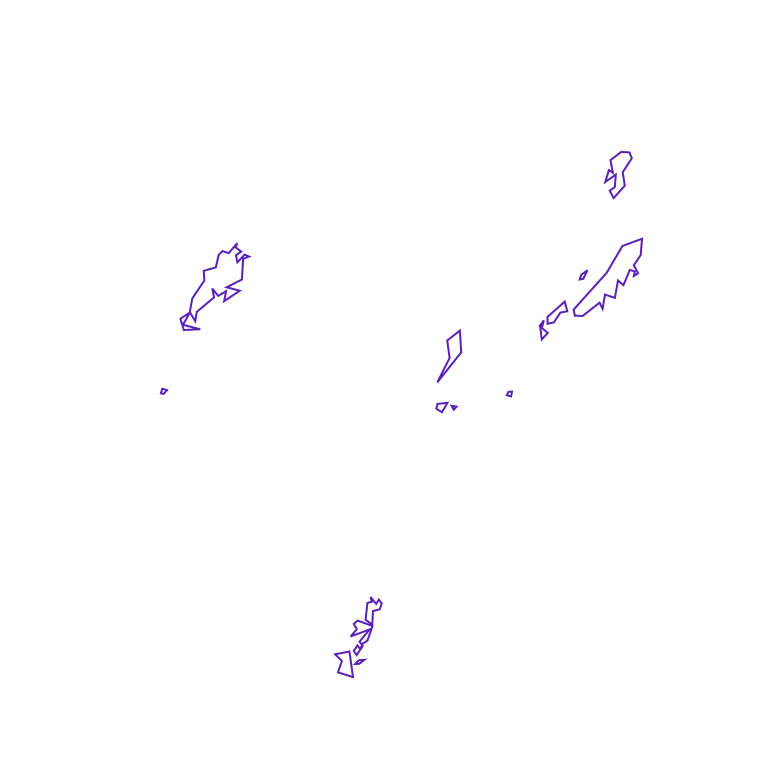 Samarai-Murua District, Milne Bay, Papua New Guinea (Mercator projection), rotated 286°
{"feature_id": "67681753B57356093785831", "entity_name": "Samarai-Murua District", "entity_type": "district", "adm_level": 2, "iso_a3": "PNG", "parent_name": "Papua New Guinea", "parent_adm1": "Milne Bay", "projection": "mercator", "projection_center": [152.452, -10.176], "detail": "medium", "context": "isolated", "style": "outline", "palette": "violet", "viewbox_px": 768, "rotation_deg": 286, "n_neighbors": 0, "source": "geoboundaries", "source_scale": "gbopen_adm2", "svg_char_len": 1968}
<svg xmlns="http://www.w3.org/2000/svg" viewBox="0 0 768 768"><g transform="rotate(286 384 384)"><path d="M413.3,176.1L399.6,177.5L392.4,185.2L401.8,184.2L420.5,196.8L428.5,192.6L423.0,200.3L429.7,206.6L419.5,207.5L433.9,219.6L433.6,206.1L445.3,218.6L465.5,214.1L469.3,219.2L470.0,214.4L460.6,209.5L467.0,206.2L471.9,210.2L474.4,203.8L478.9,204.1L466.9,198.6L467.3,192.1L462.4,189.5L449.7,190.2L443.1,179.5L434.0,182.8L413.3,176.1ZM507.8,545.8L502.3,548.6L504.1,556.1L521.6,568.8L516.5,573.4L530.9,571.8L530.4,582.2L548.0,580.4L545.0,586.9L561.4,588.9L561.3,594.1L556.8,594.4L560.5,597.7L567.0,591.4L578.7,595.2L594.7,592.0L582.5,575.2L552.3,567.4L507.8,545.8ZM661.6,540.0L650.2,545.7L651.6,541.2L639.2,541.0L649.2,549.1L636.9,551.6L632.1,547.7L626.0,553.5L641.0,560.8L653.4,555.1L669.3,560.0L674.3,556.1L672.4,548.0L661.6,540.0ZM443.2,432.8L427.1,439.9L400.3,434.8L435.7,449.5L456.3,442.2L443.2,432.8ZM93.7,435.0L117.3,424.5L110.7,411.5L106.1,419.9L94.1,419.2L93.7,435.0ZM169.0,428.4L152.2,431.3L149.6,439.0L162.8,436.0L166.2,442.0L172.3,442.3L175.4,438.5L170.5,437.1L175.5,429.8L171.3,432.3L169.0,428.4ZM145.1,421.1L140.8,425.5L132.1,421.5L144.1,437.8L129.6,431.5L127.5,434.2L132.7,438.8L148.2,439.7L149.3,423.9L145.1,421.1ZM493.6,522.7L487.0,524.6L490.0,530.3L501.3,533.9L504.4,540.2L513.0,535.0L493.6,522.7ZM390.6,170.3L380.7,176.7L386.0,192.3L385.5,174.5L399.1,177.6L390.6,170.3ZM379.6,440.9L374.7,441.1L372.8,447.5L383.4,450.2L379.6,440.9ZM482.2,518.3L470.3,523.4L478.3,527.4L482.2,518.3ZM119.1,428.5L115.9,432.4L127.1,436.0L123.1,433.5L125.4,430.5L119.1,428.5ZM538.4,543.3L540.0,546.6L549.5,548.2L543.3,543.5L538.4,543.3ZM318.3,177.1L318.4,172.3L313.5,172.1L313.8,174.9L318.3,177.1ZM489.2,520.1L483.2,517.9L483.2,520.3L489.2,520.1ZM106.9,433.4L108.3,437.4L113.5,441.2L111.4,435.9L106.9,433.4ZM407.1,505.1L407.1,509.6L412.0,509.1L410.8,505.9L407.1,505.1ZM382.2,460.0L381.7,454.9L378.5,458.2L382.2,460.0Z" fill="none" stroke="#5b21b6" stroke-width="2"/></g></svg>